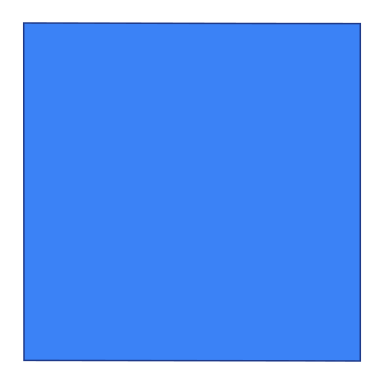 Swisher, Texas, United States of America
{"feature_id": "52423323B50579359224447", "entity_name": "Swisher", "entity_type": "district", "adm_level": 2, "iso_a3": "USA", "parent_name": "United States of America", "parent_adm1": "Texas", "projection": "mercator", "projection_center": [-101.671, 34.53], "detail": "fine", "context": "isolated", "style": "filled", "palette": "blue", "viewbox_px": 384, "rotation_deg": 0, "n_neighbors": 0, "source": "geoboundaries", "source_scale": "gbopen_adm2", "svg_char_len": 211}
<svg xmlns="http://www.w3.org/2000/svg" viewBox="0 0 384 384"><path d="M300.7,360.8L360.3,361.0L360.3,23.6L259.6,23.5L23.7,23.0L24.0,360.4L300.7,360.8Z" fill="#3b82f6" stroke="#1e3a8a" stroke-width="1.5"/></svg>